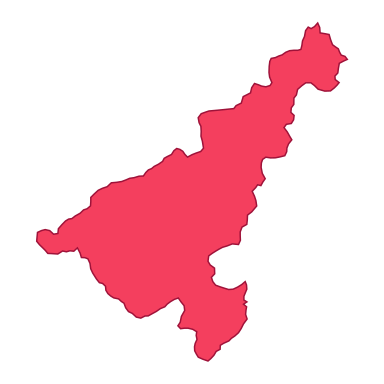 outline of Pedro Leopoldo, Minas Gerais, Brazil
{"feature_id": "56859067B61889060897837", "entity_name": "Pedro Leopoldo", "entity_type": "district", "adm_level": 2, "iso_a3": "BRA", "parent_name": "Brazil", "parent_adm1": "Minas Gerais", "projection": "orthographic", "projection_center": [-44.041, -19.629], "detail": "fine", "context": "isolated", "style": "filled", "palette": "rose", "viewbox_px": 384, "rotation_deg": 0, "n_neighbors": 0, "source": "geoboundaries", "source_scale": "gbopen_adm2", "svg_char_len": 3340}
<svg xmlns="http://www.w3.org/2000/svg" viewBox="0 0 384 384"><path d="M284.8,155.7L286.7,151.7L286.9,148.0L288.6,143.8L291.8,139.8L289.7,136.3L287.3,132.0L284.0,127.6L286.4,124.3L291.3,123.5L293.6,119.8L294.1,115.4L290.9,112.4L291.3,107.8L293.8,104.4L293.9,98.1L296.4,94.9L297.6,89.4L301.8,85.7L305.8,82.8L310.9,82.8L314.4,85.5L318.1,89.2L324.8,91.1L330.5,90.9L334.2,88.0L337.0,85.2L339.1,82.6L335.2,79.5L334.9,76.1L337.8,73.0L338.4,68.3L339.3,63.3L343.7,61.0L347.3,59.4L345.0,56.4L341.2,55.1L339.6,52.2L338.3,48.8L335.6,47.0L332.5,44.7L330.6,39.7L329.1,34.5L324.9,33.7L320.1,32.9L319.7,27.5L317.7,23.0L314.5,26.6L311.1,28.6L308.2,27.1L305.6,30.6L304.5,36.5L302.5,40.9L301.9,45.4L300.9,49.4L297.8,50.3L293.7,50.3L289.6,50.7L285.7,52.3L282.1,54.9L278.8,56.0L275.4,57.6L271.2,58.4L269.8,61.4L269.2,66.4L269.0,72.5L269.6,77.1L271.9,82.6L270.1,85.5L265.9,86.8L261.6,86.1L258.5,84.8L254.5,83.5L251.7,87.7L250.5,92.9L247.2,94.6L243.2,96.6L241.3,103.1L236.1,105.6L233.8,108.6L217.9,110.2L208.9,111.0L205.9,112.0L201.2,113.7L198.2,117.7L199.1,122.7L200.9,126.3L201.2,131.4L201.0,136.2L202.4,141.3L203.5,148.2L200.7,151.5L196.0,153.1L192.2,154.6L187.5,157.1L184.9,154.4L182.8,151.3L179.9,149.4L176.7,148.5L173.9,150.7L171.5,154.5L167.2,156.6L164.2,158.3L162.6,161.4L158.5,164.2L154.2,166.4L151.6,168.6L148.4,169.9L145.8,172.5L143.4,176.0L139.0,176.2L134.0,177.7L129.7,178.3L126.0,179.9L121.8,181.5L116.8,182.3L111.3,182.8L107.2,186.7L102.4,188.3L98.2,190.3L94.4,193.8L90.8,197.4L90.8,201.7L90.5,205.9L87.0,208.8L83.6,209.9L80.2,213.2L75.2,216.0L71.9,218.6L68.6,219.1L65.5,221.0L61.9,224.7L58.4,228.7L57.9,233.5L53.6,234.2L49.7,230.6L45.2,229.6L41.4,230.6L37.5,232.4L37.1,236.5L36.7,241.3L39.5,244.7L42.6,247.7L45.4,250.5L47.8,253.4L51.8,253.6L57.8,254.0L62.6,251.0L66.4,251.8L69.9,250.8L73.8,251.2L77.4,247.9L80.1,253.1L81.4,257.5L85.0,257.7L87.9,258.8L90.0,263.4L90.7,268.7L92.7,273.0L96.4,278.9L99.4,282.7L102.5,283.4L105.5,286.2L105.9,290.3L107.9,293.6L110.7,296.0L113.8,297.9L118.6,298.9L121.4,301.5L124.0,303.2L125.7,307.8L128.5,311.6L132.3,313.4L136.3,317.1L140.8,318.1L145.0,316.0L148.2,315.9L151.6,314.0L156.4,311.4L160.4,308.6L164.8,306.8L167.2,304.1L170.7,301.5L174.3,299.4L178.3,298.0L181.1,302.0L184.1,305.7L184.7,310.5L181.4,316.4L180.2,322.3L177.9,325.8L180.6,328.7L184.4,328.2L188.1,328.2L192.7,329.3L196.7,331.7L196.2,335.5L197.0,339.4L195.2,343.4L194.5,346.8L194.7,350.8L196.4,354.1L198.3,357.2L202.8,359.2L208.0,361.0L210.8,358.6L213.9,355.3L216.2,351.4L220.1,349.3L220.3,345.3L223.6,343.3L228.9,340.9L231.4,338.3L234.8,336.0L238.5,332.7L241.2,328.5L243.5,323.9L247.1,319.0L245.6,314.4L246.0,310.1L246.6,306.8L243.5,304.2L246.9,301.9L243.9,300.0L243.9,296.3L245.4,292.6L246.8,289.2L246.5,284.9L245.2,281.6L241.8,284.5L237.6,287.1L233.1,289.2L228.6,289.5L225.0,288.4L220.3,286.9L215.6,285.2L212.8,281.6L211.4,277.3L214.7,273.8L214.5,268.1L210.2,265.0L208.0,261.3L208.7,255.9L212.1,253.4L215.9,251.0L219.1,249.1L222.5,247.3L227.2,245.9L232.3,243.9L238.5,244.5L240.4,240.3L240.2,235.5L240.2,231.9L242.0,227.1L246.8,224.4L247.3,219.8L247.5,215.1L251.7,211.9L256.7,206.0L255.9,200.6L254.5,196.3L252.2,191.3L255.7,187.6L257.6,184.8L260.9,185.6L262.8,182.1L265.2,178.7L262.3,173.4L261.1,167.3L261.4,162.9L262.6,159.4L265.8,157.2L270.6,157.9L275.4,157.8L280.0,156.9L284.8,155.7Z" fill="#f43f5e" stroke="#9f1239" stroke-width="1.5"/></svg>